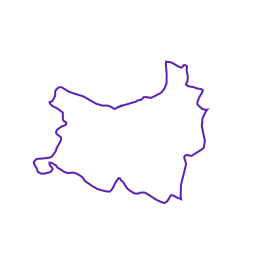 an SVG outline of Kavadartsi, rotated 300°
{"feature_id": "MKD-2936", "entity_name": "Kavadartsi", "entity_type": "Statistical Region", "adm_level": 1, "iso_a3": "MKD", "parent_name": "North Macedonia", "parent_adm1": "", "projection": "equal_earth", "projection_center": [22.013, 41.306], "detail": "fine", "context": "isolated", "style": "outline", "palette": "violet", "viewbox_px": 256, "rotation_deg": 300, "n_neighbors": 0, "source": "natural_earth", "source_scale": "10m", "svg_char_len": 2217}
<svg xmlns="http://www.w3.org/2000/svg" viewBox="0 0 256 256"><g transform="rotate(300 128 128)"><path d="M183.2,187.4L180.7,187.1L173.6,187.7L166.5,191.0L155.2,201.1L148.7,203.5L146.3,202.6L135.9,197.1L135.1,195.9L134.6,193.8L133.7,191.8L131.4,191.0L130.1,191.8L126.9,195.4L125.4,196.5L105.3,202.3L95.8,207.4L92.9,209.5L92.9,209.4L92.2,204.6L92.2,201.1L91.4,198.9L89.6,198.7L87.9,198.7L85.3,198.7L82.9,198.1L81.1,196.8L80.5,193.7L80.0,187.8L80.5,179.8L80.4,174.6L78.0,170.7L76.4,169.8L74.5,166.2L74.7,161.4L75.2,157.6L77.1,153.8L78.7,151.1L79.3,147.7L80.4,146.5L79.8,144.8L78.5,144.8L74.5,144.4L72.4,144.6L69.7,144.8L66.5,144.8L63.8,144.0L62.3,141.0L60.7,135.6L59.9,132.0L59.8,125.9L60.3,121.5L60.3,119.2L60.9,116.2L61.7,115.0L62.7,112.9L62.8,109.9L62.9,107.0L62.2,103.4L60.4,100.5L58.8,98.3L58.1,94.7L58.4,90.5L58.4,86.7L59.6,84.4L59.6,79.4L58.9,77.3L57.4,78.1L56.5,79.6L55.7,81.7L54.9,83.2L51.9,83.2L50.3,82.1L46.9,78.6L45.0,75.6L45.0,72.4L45.0,71.8L47.7,68.7L49.5,65.3L51.4,63.4L55.1,64.1L56.6,65.8L56.8,66.2L58.6,68.9L61.8,73.3L64.6,76.2L70.1,76.9L72.6,76.9L74.6,76.2L79.5,76.2L84.3,76.0L86.5,74.4L87.1,69.1L88.6,67.6L91.3,67.6L93.4,68.5L96.0,69.7L98.5,71.8L100.3,72.5L101.9,71.8L102.0,68.7L103.3,67.0L105.6,65.8L108.8,63.7L109.6,56.9L109.2,51.5L110.2,48.1L111.2,47.1L113.4,49.0L116.8,49.0L119.5,48.8L122.7,46.9L125.3,46.5L128.5,47.7L130.1,50.0L129.9,58.4L130.7,63.2L131.7,67.6L133.1,73.9L133.0,80.9L133.1,88.4L134.6,94.7L137.3,99.3L137.9,102.7L137.8,105.2L137.9,107.1L141.0,108.8L142.8,110.1L142.3,110.1L145.3,112.6L150.6,117.7L153.6,120.5L155.2,121.9L156.4,122.3L157.5,123.5L158.7,124.9L160.5,125.8L162.5,126.1L163.9,128.4L165.5,132.8L169.9,135.8L175.1,139.1L180.7,139.8L185.9,139.1L193.7,134.7L202.6,128.6L204.5,127.9L204.5,128.2L205.5,130.3L206.2,131.7L206.5,134.1L206.5,139.3L206.5,141.5L206.9,144.0L208.6,144.8L210.2,144.8L211.0,145.9L210.9,148.3L209.1,149.2L207.8,149.5L204.7,152.1L202.1,154.3L198.4,156.1L196.9,156.1L195.7,156.3L194.6,156.4L194.3,159.0L195.3,162.0L196.2,164.2L196.7,167.9L197.5,169.8L198.2,171.7L198.2,173.7L197.3,174.3L195.2,174.4L190.7,174.3L185.4,175.1L183.5,176.0L182.5,178.2L182.1,181.0L181.5,182.7L183.1,187.3L183.2,187.4Z" fill="none" stroke="#5b21b6" stroke-width="2"/></g></svg>